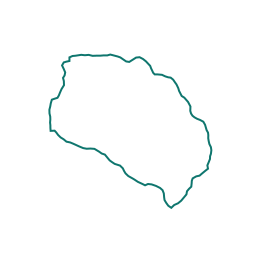 Onda Verde, São Paulo, Brazil (Robinson projection), rotated 239°
{"feature_id": "56859067B56132277952557", "entity_name": "Onda Verde", "entity_type": "district", "adm_level": 2, "iso_a3": "BRA", "parent_name": "Brazil", "parent_adm1": "São Paulo", "projection": "robinson", "projection_center": [-49.245, -20.61], "detail": "fine", "context": "isolated", "style": "outline", "palette": "teal", "viewbox_px": 256, "rotation_deg": 239, "n_neighbors": 0, "source": "geoboundaries", "source_scale": "gbopen_adm2", "svg_char_len": 1859}
<svg xmlns="http://www.w3.org/2000/svg" viewBox="0 0 256 256"><g transform="rotate(239 128 128)"><path d="M165.4,60.2L163.5,63.7L161.2,64.2L158.0,64.5L154.6,65.4L151.5,67.0L148.0,68.2L145.4,71.0L143.1,72.7L140.8,74.3L137.3,76.7L133.9,79.2L131.5,81.9L129.8,85.1L127.4,88.5L122.5,91.1L119.7,92.3L117.1,94.5L112.3,95.2L109.7,95.6L107.5,96.5L104.1,98.1L99.9,101.8L96.1,102.8L93.2,102.5L90.4,102.5L86.7,103.5L82.3,106.0L80.2,107.1L76.8,108.7L72.5,111.6L70.1,113.1L69.7,116.3L67.5,119.2L63.9,122.2L60.1,124.6L56.9,125.6L53.5,125.0L49.8,123.2L47.4,122.2L44.1,122.2L40.6,122.5L37.3,124.0L38.2,128.0L37.7,132.1L38.3,136.2L39.6,139.9L41.0,143.9L43.4,146.0L44.4,148.9L45.1,152.0L47.7,154.0L49.9,155.5L51.5,157.5L51.4,161.6L50.3,164.8L50.8,167.6L51.5,172.2L51.9,175.6L55.1,176.8L57.0,179.4L59.2,182.3L61.5,183.8L63.2,185.8L66.0,188.0L68.9,189.2L72.4,189.5L75.4,190.5L77.9,191.5L80.6,193.2L82.8,194.2L85.7,194.3L88.0,194.9L91.0,195.7L94.6,195.8L97.8,193.9L100.4,191.9L102.9,190.5L105.3,189.6L107.9,189.5L110.6,190.2L114.3,192.6L119.4,192.9L125.0,191.9L127.8,190.5L133.6,190.9L136.2,191.6L140.4,192.0L142.7,191.8L146.2,191.6L149.2,190.5L150.8,188.5L153.1,186.5L156.1,184.5L158.6,181.1L160.2,178.5L162.4,178.0L164.9,178.3L167.2,178.5L169.8,179.0L175.9,177.7L179.4,176.4L182.7,174.4L184.2,171.2L184.1,167.6L184.0,163.1L186.0,160.7L188.2,159.7L192.4,157.8L194.6,156.0L198.2,152.5L200.1,150.6L200.9,147.6L203.0,144.1L204.3,141.4L206.3,138.1L208.1,134.8L210.9,132.0L212.6,128.5L214.8,125.6L217.0,120.2L218.3,117.5L218.7,114.2L215.6,112.3L216.6,109.4L217.3,106.7L215.6,103.7L211.4,103.3L208.0,102.8L205.7,100.7L204.4,98.1L201.3,97.2L197.7,95.2L195.6,91.1L193.2,87.7L191.5,85.5L190.2,83.1L190.9,80.2L191.5,77.3L188.8,74.4L186.6,72.5L184.1,70.0L180.9,68.2L177.8,67.2L175.3,65.8L172.8,64.0L170.4,62.9L168.0,61.5L165.4,60.2Z" fill="none" stroke="#0f766e" stroke-width="2"/></g></svg>